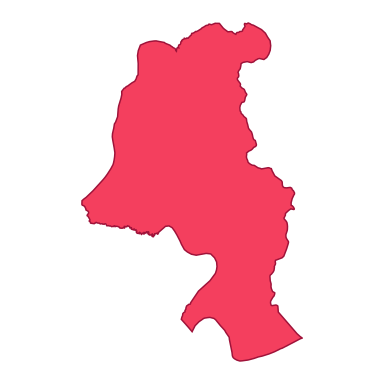 outline of Vangvieng, Vientiane, Laos
{"feature_id": "54806243B551923777603", "entity_name": "Vangvieng", "entity_type": "district", "adm_level": 2, "iso_a3": "LAO", "parent_name": "Laos", "parent_adm1": "Vientiane", "projection": "albers", "projection_center": [102.424, 18.922], "detail": "fine", "context": "isolated", "style": "filled", "palette": "rose", "viewbox_px": 384, "rotation_deg": 0, "n_neighbors": 0, "source": "geoboundaries", "source_scale": "gbopen_adm2", "svg_char_len": 5957}
<svg xmlns="http://www.w3.org/2000/svg" viewBox="0 0 384 384"><path d="M291.1,202.8L292.2,198.6L293.8,195.1L294.5,194.0L294.5,192.9L293.5,190.9L292.4,189.8L291.6,188.1L290.2,187.4L286.5,187.9L284.5,187.7L283.4,187.2L282.8,186.3L282.4,185.3L282.2,182.0L281.4,180.6L274.8,175.9L272.2,171.0L271.3,168.6L270.7,168.6L269.4,167.9L268.2,167.7L261.5,168.9L260.3,168.4L258.0,167.8L254.3,165.4L252.3,165.2L250.7,164.4L249.1,163.3L247.9,161.9L247.7,160.7L246.8,158.7L246.4,157.0L246.7,154.3L246.6,152.9L249.0,151.0L250.9,150.2L252.3,149.1L253.7,147.4L255.5,146.5L256.3,145.6L256.4,144.5L255.3,140.5L254.2,139.9L253.6,139.3L252.9,137.4L252.3,134.4L251.5,132.0L249.3,129.4L248.5,128.2L247.6,124.3L246.8,121.8L246.4,118.8L245.8,118.0L243.9,116.5L242.9,115.0L241.2,113.4L240.8,111.7L240.1,110.9L239.8,107.7L240.3,105.3L241.9,102.4L243.3,102.1L244.2,101.7L244.7,100.5L245.3,97.3L246.8,94.7L246.4,93.5L245.6,92.7L244.3,89.5L243.4,88.8L242.2,88.2L240.2,86.2L240.5,84.2L240.1,83.3L237.6,80.0L237.3,78.9L237.6,77.8L238.6,76.8L238.8,75.5L238.5,73.5L238.0,72.4L238.8,70.6L240.2,68.8L240.8,66.0L241.1,63.6L243.1,62.4L247.2,61.6L251.1,62.6L253.6,61.9L255.2,60.4L258.1,58.8L259.5,58.5L263.9,59.5L266.7,57.5L268.8,54.1L270.2,50.3L270.7,45.7L270.1,40.8L267.6,37.1L265.4,33.2L261.5,29.6L253.4,25.2L251.5,24.7L250.0,23.7L248.2,23.0L246.5,23.9L245.2,23.5L244.7,23.5L244.5,23.8L244.4,24.6L245.0,26.2L244.9,26.7L242.7,29.8L242.5,30.8L241.7,31.4L239.9,31.5L238.6,32.4L237.0,32.5L236.3,33.2L235.8,34.3L234.0,33.4L232.5,32.3L232.1,31.7L231.2,31.5L227.9,31.8L224.4,29.2L223.0,27.9L219.4,23.4L215.1,23.3L211.6,24.7L209.0,24.1L208.3,24.9L207.4,25.3L206.2,25.4L203.1,27.4L202.3,27.6L201.3,28.7L198.0,30.8L196.4,31.6L195.5,31.5L194.4,32.5L192.7,33.3L191.9,33.3L191.6,33.7L191.5,34.4L191.2,34.8L191.0,35.4L190.2,35.8L189.7,36.6L189.0,37.1L188.2,38.2L187.7,38.3L187.0,37.9L186.3,38.5L185.6,38.7L184.3,38.2L183.8,39.3L182.8,39.5L181.7,40.5L181.7,41.3L181.1,41.6L180.9,41.9L180.6,43.7L180.0,44.6L179.0,44.9L178.7,45.3L178.4,46.6L178.7,47.8L177.7,47.5L177.3,47.7L176.6,49.2L176.4,51.2L175.7,50.5L175.7,49.7L175.3,48.9L174.6,48.3L173.1,47.6L172.2,46.8L171.2,46.3L170.6,45.6L169.5,45.0L165.3,43.3L164.4,42.5L156.1,40.9L153.9,41.0L149.5,41.6L146.4,42.5L140.4,45.1L138.3,50.6L137.5,55.6L138.2,63.5L138.1,74.8L137.0,76.1L136.1,79.0L134.7,81.3L132.0,82.8L129.0,85.0L127.8,86.0L127.2,86.1L126.9,86.5L126.2,86.7L124.9,88.1L124.2,88.2L121.7,91.4L121.8,94.6L121.0,98.3L118.7,105.9L118.2,108.9L117.6,116.8L115.6,122.1L114.4,124.0L113.8,128.0L112.5,133.7L112.3,136.8L112.7,139.7L114.2,148.0L114.9,152.9L114.6,156.8L114.1,160.2L113.5,163.0L113.0,164.7L110.8,168.8L107.4,174.1L105.0,177.4L102.9,179.9L93.1,190.7L86.1,197.4L83.9,199.0L82.0,200.7L81.9,204.4L82.3,205.2L83.7,205.7L84.9,206.8L85.2,207.7L85.7,208.4L86.0,210.0L88.0,211.2L88.5,211.9L88.6,213.0L88.1,214.0L87.5,214.5L87.1,215.5L87.3,215.9L88.0,216.2L88.2,216.6L89.8,219.4L89.9,220.2L89.2,221.0L90.5,222.3L90.5,222.9L90.8,223.2L94.2,223.7L94.8,223.1L95.6,223.0L96.0,222.4L96.3,222.4L97.4,223.0L99.4,223.2L100.2,223.9L102.2,223.7L102.9,224.2L103.7,224.1L104.2,224.3L104.9,223.8L105.5,223.8L106.0,224.2L106.9,225.8L108.5,225.6L109.2,226.0L110.3,225.9L111.8,226.7L112.8,226.4L113.7,226.5L114.0,225.9L114.6,225.8L114.9,226.0L115.2,226.6L116.0,226.2L116.9,226.4L117.7,226.4L119.3,227.2L119.7,227.9L121.0,228.2L122.4,228.2L123.2,227.8L124.5,228.0L124.7,227.7L124.1,226.9L124.3,226.4L124.8,226.4L126.6,226.8L127.0,226.6L127.4,225.8L127.7,225.7L128.4,226.2L129.2,226.3L130.0,228.0L130.3,228.0L130.7,227.5L131.4,227.7L131.5,228.3L131.3,229.0L131.5,229.2L132.5,229.6L133.9,229.1L133.8,229.9L134.0,230.1L135.9,229.8L135.9,230.7L136.8,231.2L136.4,232.3L137.2,233.3L138.8,233.3L139.2,233.7L139.5,233.5L139.3,232.5L139.7,232.3L140.6,233.2L141.4,234.4L141.8,234.1L142.0,233.4L142.3,233.2L143.8,234.0L144.2,233.9L144.3,233.5L143.8,232.9L143.9,232.5L144.7,232.6L145.8,233.2L146.2,232.0L146.5,231.8L147.2,232.2L147.7,233.1L148.3,232.5L148.2,231.8L148.5,231.8L148.7,232.1L148.8,233.5L148.4,234.2L148.7,234.5L149.1,234.7L149.6,234.6L149.7,235.0L150.1,235.1L150.5,234.9L151.9,235.1L152.1,234.7L152.0,234.2L152.3,234.0L153.2,235.1L152.8,235.4L151.9,235.7L152.0,236.2L152.5,236.6L153.5,236.7L153.7,236.4L153.6,235.9L153.7,235.3L153.8,235.1L154.5,235.2L154.7,234.8L154.8,233.7L155.7,233.7L156.9,233.2L157.3,233.4L157.5,234.1L157.8,234.1L158.4,233.1L158.2,232.7L165.5,226.3L169.0,225.9L172.2,227.7L174.7,231.2L177.0,235.1L180.0,240.9L181.5,244.4L184.4,249.6L187.4,252.0L191.4,254.2L196.2,255.2L206.2,253.4L210.7,253.9L214.6,257.8L216.6,262.0L217.0,266.6L216.5,270.0L215.4,273.4L210.0,280.7L198.5,291.1L190.6,302.8L190.5,303.7L190.1,304.2L188.9,304.3L186.6,306.0L186.0,307.7L185.8,309.3L185.0,310.4L185.0,311.8L183.7,312.6L182.8,313.7L182.5,315.9L182.0,316.8L181.3,319.3L187.7,326.5L192.1,331.7L195.1,325.7L199.0,321.7L203.6,318.5L204.6,318.1L207.8,317.6L209.9,317.4L213.9,318.4L215.6,319.7L220.4,325.6L224.7,330.3L225.9,332.5L229.2,337.3L229.4,339.5L232.0,352.4L232.4,355.9L233.1,357.5L234.4,358.7L236.9,360.1L239.9,361.0L242.3,360.8L248.1,360.0L254.1,358.4L258.4,356.9L262.1,356.1L269.1,353.9L274.6,351.7L280.6,348.7L282.2,348.2L300.0,338.9L302.1,338.1L302.0,337.8L300.3,336.7L297.0,333.7L278.3,312.1L277.9,306.6L277.6,305.7L276.0,305.0L272.1,305.6L271.3,305.4L270.9,304.6L270.5,302.9L270.7,301.0L272.8,297.4L274.0,296.0L274.6,294.3L274.8,292.9L274.0,292.3L272.6,291.6L271.4,288.7L271.0,286.9L271.1,284.0L270.2,280.6L269.9,276.2L270.3,275.0L271.4,274.2L273.3,271.8L274.0,270.3L274.4,267.6L274.3,266.5L275.4,264.2L275.5,263.6L275.5,262.8L275.2,262.1L275.5,260.3L282.1,257.8L283.8,256.2L286.6,248.9L288.2,243.7L288.5,242.3L288.4,241.5L286.8,239.1L286.0,237.3L285.9,235.9L285.9,234.6L287.2,230.6L287.4,229.3L287.5,226.4L287.3,224.3L286.9,222.4L286.0,221.0L284.1,218.8L284.0,218.1L285.4,215.2L285.4,213.8L285.9,213.0L288.7,210.4L290.8,208.9L293.6,209.5L294.1,209.4L294.3,208.9L293.6,207.3L292.4,205.9L291.2,205.3L291.1,202.8Z" fill="#f43f5e" stroke="#9f1239" stroke-width="1.5"/></svg>